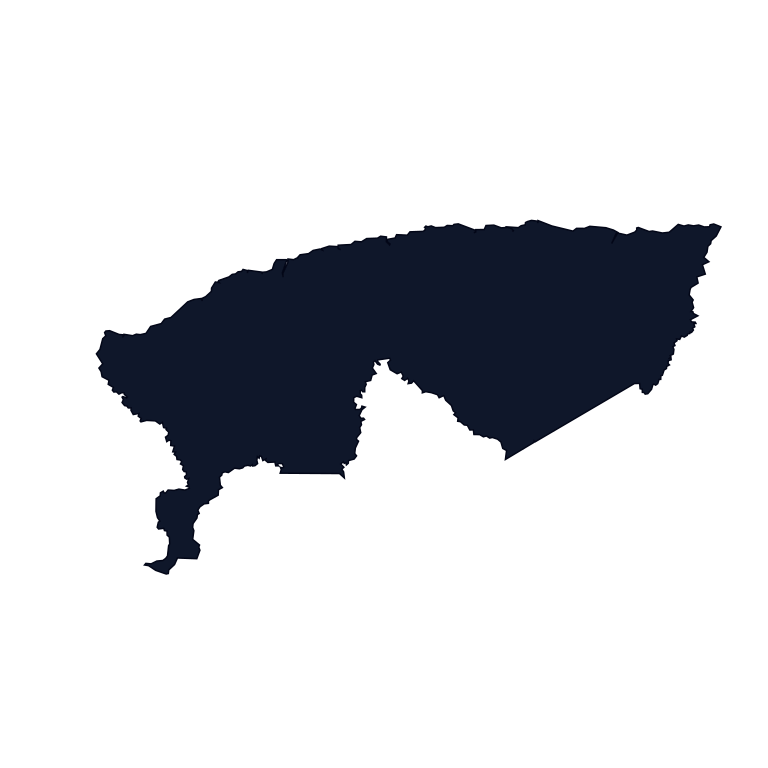 the district of Donoso, Colón, Panama, rotated 15°
{"feature_id": "35544464B61389009226289", "entity_name": "Donoso", "entity_type": "district", "adm_level": 2, "iso_a3": "PAN", "parent_name": "Panama", "parent_adm1": "Colón", "projection": "mercator", "projection_center": [-80.539, 8.91], "detail": "fine", "context": "isolated", "style": "filled", "palette": "ink", "viewbox_px": 768, "rotation_deg": 15, "n_neighbors": 0, "source": "geoboundaries", "source_scale": "gbopen_adm2", "svg_char_len": 6169}
<svg xmlns="http://www.w3.org/2000/svg" viewBox="0 0 768 768"><g transform="rotate(15 384 384)"><path d="M475.2,402.3L478.8,406.2L482.2,405.2L483.9,409.5L489.5,408.1L493.7,409.3L496.4,407.7L500.1,408.9L502.5,407.6L508.0,407.9L512.0,409.8L515.4,415.5L519.6,416.5L520.8,425.5L543.7,401.8L543.7,400.1L544.8,400.9L625.8,318.7L630.8,317.3L632.6,322.3L634.8,322.2L635.7,325.2L637.4,324.9L638.9,326.2L641.3,325.1L643.8,319.9L643.9,315.2L644.6,314.3L646.7,314.8L648.3,312.8L648.5,308.4L650.1,307.9L649.3,304.4L650.6,303.5L650.9,298.0L652.8,296.0L652.5,293.8L654.8,291.7L653.1,290.7L652.6,287.9L655.1,286.3L654.4,284.4L653.2,285.0L654.0,283.3L653.1,282.5L655.7,280.2L655.1,275.6L653.3,273.1L655.1,271.6L653.5,269.3L655.8,266.3L654.9,264.7L658.1,264.4L658.9,260.6L661.9,261.0L664.3,258.5L664.3,257.1L666.4,256.0L666.1,254.7L667.7,254.6L668.9,251.8L667.5,250.4L669.4,248.3L667.6,245.5L669.6,244.8L668.6,243.7L665.0,244.4L663.3,242.6L669.5,236.9L664.5,235.8L663.7,234.3L661.7,234.6L663.3,230.1L660.4,225.2L660.9,222.8L655.7,219.0L655.2,213.6L655.5,211.3L661.3,205.2L658.4,199.6L665.9,194.7L660.7,186.4L666.2,181.8L660.1,178.9L661.9,173.1L661.2,167.2L663.2,164.0L662.9,160.8L666.6,155.1L668.8,145.0L661.1,144.1L657.8,145.8L657.7,147.9L652.7,149.4L646.8,149.0L642.1,151.1L636.7,151.6L632.9,153.8L626.9,153.7L620.2,163.6L613.8,166.1L603.8,166.7L600.6,168.1L589.1,167.0L587.7,167.9L588.3,169.8L586.9,172.4L580.1,177.3L570.7,177.7L567.5,189.5L569.2,178.6L570.3,177.4L571.5,177.3L565.7,175.9L557.9,175.6L542.0,178.4L537.4,181.8L529.7,183.8L527.0,187.4L505.3,187.9L490.6,186.3L491.1,187.4L490.6,188.8L490.7,186.9L484.1,187.8L480.6,189.9L478.9,191.4L479.2,193.7L475.5,195.6L473.3,198.2L460.5,200.7L463.2,200.3L467.0,200.8L469.3,202.3L468.8,203.7L469.0,202.3L466.9,201.0L463.0,200.7L456.9,202.8L449.0,202.1L441.5,204.5L440.8,208.9L432.7,211.1L433.3,213.5L431.6,214.7L433.0,213.5L432.6,211.9L414.3,210.1L410.3,211.7L409.5,213.3L404.0,214.5L401.7,217.0L393.3,219.6L388.7,219.1L385.7,220.8L383.6,220.6L382.7,222.1L383.6,222.3L383.7,224.7L382.4,226.4L369.7,230.3L368.0,234.2L357.5,236.5L356.9,240.1L349.7,243.5L350.4,245.7L353.6,247.2L353.4,248.3L349.5,246.1L348.3,241.3L342.5,242.1L340.0,244.8L329.6,248.0L325.4,252.5L319.0,253.7L316.1,257.8L303.8,261.8L304.5,264.5L307.4,265.5L304.8,265.2L303.6,263.3L295.4,265.0L288.8,269.3L290.0,270.6L287.2,270.2L281.0,273.3L277.4,277.6L269.5,280.9L268.0,283.8L268.6,285.2L267.8,284.4L264.5,287.3L258.9,288.1L259.7,291.5L257.8,302.9L258.9,306.9L257.0,302.9L257.9,290.9L258.9,289.5L257.4,289.2L248.1,291.7L246.7,296.0L246.5,302.2L241.5,306.1L237.7,307.5L237.8,309.4L237.3,307.5L223.5,309.3L223.3,312.3L223.0,309.8L218.2,309.8L217.3,312.1L214.0,313.4L212.1,316.1L209.0,317.4L206.5,320.7L197.7,326.7L197.3,327.8L198.7,328.7L194.7,329.1L192.6,336.0L193.3,339.2L189.2,345.7L186.2,348.3L186.9,350.9L185.6,348.6L178.6,351.5L173.1,355.5L161.0,374.9L155.3,378.1L153.2,383.3L143.7,388.8L141.0,396.7L135.8,399.4L131.8,400.0L128.7,402.4L120.0,403.3L120.3,404.5L119.2,406.8L119.8,403.9L115.3,404.7L105.2,403.5L101.6,404.8L100.8,406.6L102.8,409.5L100.6,413.0L100.7,424.1L98.4,429.3L107.1,437.3L104.5,442.4L107.6,445.3L109.8,449.9L117.4,451.6L117.7,455.7L123.5,457.3L123.2,460.3L125.1,461.7L127.6,460.8L130.6,462.4L133.0,460.2L135.3,459.9L135.9,461.3L139.6,463.0L139.1,464.1L135.0,463.7L134.4,464.5L136.3,466.6L135.8,469.7L139.0,472.0L141.3,471.8L143.2,473.3L146.0,472.5L146.4,474.9L149.7,478.4L155.0,475.8L154.9,478.7L158.4,480.1L158.0,482.8L159.0,483.5L164.1,480.6L172.7,478.8L177.8,480.7L179.9,478.4L182.4,483.1L185.4,483.0L185.3,484.4L188.6,486.3L188.7,489.4L186.7,491.9L189.1,495.9L190.8,493.9L192.9,494.0L193.9,498.6L197.7,498.2L197.5,504.2L200.3,503.7L199.5,506.3L202.4,507.6L203.6,510.5L207.0,510.1L208.7,511.4L208.1,513.9L211.4,514.8L211.7,518.8L213.6,520.3L215.7,520.0L216.8,523.0L215.4,525.1L215.9,526.3L218.1,527.0L219.9,525.7L219.7,530.1L221.3,532.0L219.7,533.8L222.4,534.0L223.0,535.2L219.2,538.0L213.1,538.6L208.9,541.1L202.9,542.3L201.3,545.8L199.8,546.1L198.5,544.6L196.2,547.0L196.8,549.9L193.6,553.8L196.7,566.0L199.8,571.7L203.0,574.4L201.8,575.9L202.0,581.1L203.8,582.4L208.6,580.4L209.9,582.4L212.5,582.2L213.6,586.1L216.3,587.5L218.4,593.9L217.8,595.9L219.4,606.1L218.3,608.9L216.1,611.7L210.4,613.8L205.6,618.0L200.4,618.9L199.5,620.8L203.6,620.4L211.7,623.1L222.8,623.9L224.7,622.9L224.2,619.3L228.4,612.6L229.5,605.5L248.4,601.2L249.2,592.2L247.3,589.5L247.5,587.3L239.4,583.6L238.3,574.9L236.3,572.1L235.7,568.2L238.0,561.9L237.6,558.4L239.0,556.9L236.8,554.0L238.0,550.3L241.3,546.3L245.3,544.7L244.7,542.4L245.6,541.1L252.6,534.3L251.5,529.0L254.7,525.9L252.1,524.1L249.2,516.6L250.9,514.0L250.7,511.7L253.1,510.0L256.6,509.8L261.4,504.0L266.3,503.3L269.2,501.6L270.4,499.4L273.5,497.8L276.4,497.7L277.7,496.0L278.4,497.2L280.5,496.3L282.5,493.6L280.9,490.6L280.5,486.9L282.6,488.0L282.5,485.5L284.4,485.7L286.8,489.3L289.3,487.0L289.2,488.4L292.1,489.8L298.8,487.6L300.6,491.1L303.3,490.4L301.6,489.5L303.2,487.9L306.5,487.3L308.6,490.1L307.7,491.3L305.5,491.3L306.9,493.2L306.8,497.0L364.2,482.0L370.0,485.0L367.7,479.3L365.3,477.2L366.8,474.8L362.9,472.5L365.0,469.5L366.1,471.0L367.5,469.7L368.6,471.9L370.0,469.8L369.5,467.2L374.6,464.2L376.1,460.5L373.7,458.7L372.9,453.2L374.2,445.8L372.0,444.8L371.4,443.1L374.1,437.0L371.8,432.4L372.8,429.2L371.3,426.1L374.4,423.3L373.1,422.3L370.5,423.1L368.2,421.0L369.4,414.5L371.8,411.2L368.4,411.1L368.4,413.5L367.1,414.9L363.1,416.0L362.3,415.1L362.7,411.0L359.4,409.5L358.3,405.0L360.8,402.9L366.1,403.0L365.3,400.6L363.6,399.6L362.8,396.6L364.0,395.8L365.4,397.0L367.4,396.5L366.3,392.3L366.9,389.0L365.4,386.6L370.2,384.0L370.2,378.4L373.8,375.9L368.6,371.6L369.2,367.9L368.1,365.5L369.2,363.8L372.7,366.5L375.1,366.8L375.2,365.9L371.8,363.7L371.8,362.3L382.8,357.6L384.1,359.3L382.1,362.4L386.3,368.6L394.0,370.7L397.6,368.0L400.6,371.4L399.8,374.2L403.0,375.2L405.3,372.4L407.3,374.5L407.2,377.4L410.4,376.0L411.8,373.2L422.8,380.4L423.3,382.6L426.4,380.6L432.0,380.1L438.5,380.5L440.8,383.0L444.7,379.7L447.8,383.7L454.7,387.3L457.8,392.0L460.6,393.3L459.4,395.5L464.3,397.5L464.8,400.9L467.6,400.6L472.1,402.8L475.2,402.3Z" fill="#0f172a" stroke="#020617" stroke-width="1.5"/></g></svg>